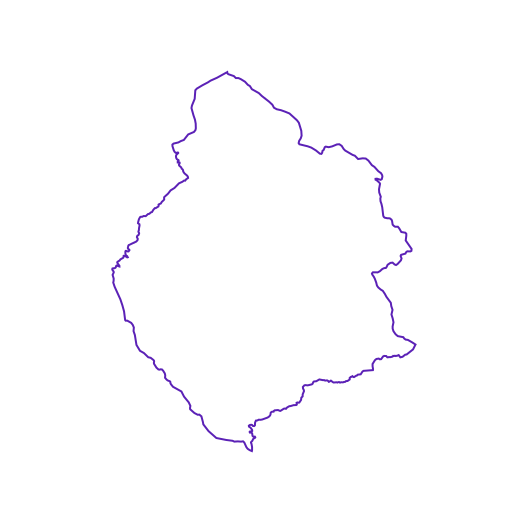 Xaysathan, Xaignabouri, Laos (Natural Earth projection), rotated 143°
{"feature_id": "54806243B87801553975082", "entity_name": "Xaysathan", "entity_type": "district", "adm_level": 2, "iso_a3": "LAO", "parent_name": "Laos", "parent_adm1": "Xaignabouri", "projection": "natural_earth1", "projection_center": [101.39, 19.388], "detail": "fine", "context": "isolated", "style": "outline", "palette": "violet", "viewbox_px": 512, "rotation_deg": 143, "n_neighbors": 0, "source": "geoboundaries", "source_scale": "gbopen_adm2", "svg_char_len": 6131}
<svg xmlns="http://www.w3.org/2000/svg" viewBox="0 0 512 512"><g transform="rotate(143 256 256)"><path d="M181.9,89.3L183.2,92.9L185.2,97.6L186.8,99.2L187.3,100.9L187.2,102.5L191.0,106.7L191.6,109.5L191.5,113.1L190.6,115.7L189.3,117.5L186.1,120.3L184.4,123.9L183.0,127.8L179.4,130.8L178.1,134.6L176.5,137.5L176.4,145.0L175.9,148.1L175.7,151.9L176.6,154.2L177.3,157.3L177.2,159.6L176.0,162.4L174.8,166.3L174.4,168.6L174.3,171.3L173.9,172.3L172.4,172.6L168.7,169.7L166.3,169.3L162.8,169.6L160.7,169.1L159.6,168.3L158.4,168.6L156.1,169.8L152.8,169.6L150.9,168.5L150.4,165.8L149.6,164.5L147.8,164.4L142.9,165.3L141.2,166.5L140.5,169.0L139.4,169.6L135.2,168.0L133.8,168.7L132.4,168.7L129.9,166.7L128.8,166.6L127.5,168.0L127.1,178.3L123.7,181.8L122.6,183.3L122.7,184.7L125.5,187.7L125.0,191.9L125.1,194.0L127.3,195.7L127.8,197.1L128.0,198.8L126.3,202.0L125.9,203.5L126.5,205.6L128.4,207.1L130.2,209.2L130.4,210.3L130.2,211.5L125.9,218.9L124.5,222.0L123.6,224.8L122.1,227.1L120.7,228.2L119.4,232.5L117.6,235.3L113.5,239.0L113.3,240.2L114.0,243.7L114.6,245.0L114.1,245.7L112.9,245.0L110.6,241.8L109.3,241.7L107.3,243.3L106.6,244.6L106.3,246.8L107.3,250.1L107.8,255.9L108.8,258.8L108.8,264.5L109.7,267.8L112.0,269.8L116.1,272.0L116.7,276.6L118.0,278.6L121.3,286.5L121.6,288.6L121.3,292.4L122.2,295.1L124.2,296.4L129.2,297.7L132.4,299.1L134.5,301.4L135.6,301.5L138.1,300.0L139.5,300.0L141.1,298.6L142.3,298.2L143.4,299.3L144.6,304.2L146.6,309.3L148.7,312.5L154.1,319.1L154.0,320.5L152.2,322.0L149.5,323.0L147.2,324.6L144.5,328.7L141.6,336.6L141.6,339.7L143.5,349.7L146.0,353.9L148.3,357.4L151.1,360.7L152.4,363.6L151.9,366.9L152.7,371.5L155.0,380.1L155.7,384.4L158.9,391.7L158.6,395.4L159.5,397.6L159.9,401.8L161.7,406.4L162.9,408.6L165.0,410.2L165.4,413.0L168.7,417.9L168.9,419.0L168.3,420.2L179.8,421.8L186.8,423.4L189.9,423.6L196.0,424.6L202.5,425.3L204.7,424.9L210.4,418.4L216.6,414.7L218.5,413.0L221.3,405.9L222.7,401.6L224.5,398.0L227.2,394.2L228.6,393.0L230.9,392.4L237.0,393.9L243.8,392.1L246.8,393.0L249.6,393.4L254.2,395.4L255.7,395.3L256.6,394.0L258.1,389.8L258.3,388.3L258.1,386.8L257.3,386.2L256.1,385.7L256.0,385.3L256.2,385.0L258.3,384.8L259.3,384.4L260.2,383.4L260.8,382.0L260.9,380.8L260.2,379.3L260.3,378.9L261.6,378.6L262.2,377.8L260.8,376.8L260.9,376.3L261.3,375.9L262.5,375.4L262.8,374.9L262.9,374.2L262.4,371.7L262.8,370.5L262.5,369.3L262.6,368.5L263.3,367.2L263.4,365.1L262.6,361.5L262.8,360.0L263.3,359.2L265.6,359.3L267.2,358.8L267.9,359.5L270.2,359.6L273.8,360.4L280.2,359.4L284.7,359.8L288.8,358.7L293.7,358.3L294.4,357.8L295.2,356.5L295.9,356.2L298.7,355.9L300.4,355.2L302.3,355.7L302.9,355.7L303.4,354.8L304.2,354.3L307.3,354.6L308.0,355.1L310.1,354.7L312.6,353.7L313.8,354.1L315.7,353.9L317.1,354.5L320.1,354.2L321.6,355.5L323.5,355.9L324.2,356.6L325.2,356.8L327.4,355.8L329.7,354.0L330.5,353.2L330.0,351.5L330.7,350.4L332.6,348.7L334.0,347.1L335.1,346.4L335.4,345.9L335.5,344.8L335.9,344.2L337.4,343.4L338.4,343.6L339.2,343.3L339.8,342.7L340.1,340.8L341.2,339.9L343.0,339.6L351.1,341.3L351.7,341.1L353.5,339.6L353.8,339.0L353.4,337.2L353.6,336.8L355.0,336.4L355.5,336.6L356.7,338.3L357.0,338.5L357.5,338.3L358.7,336.8L359.3,335.4L359.4,334.5L359.0,333.5L359.2,332.2L359.7,332.4L359.9,333.2L360.9,335.2L361.3,335.7L361.6,335.8L362.8,334.6L363.2,334.5L366.3,334.9L367.6,334.5L370.1,334.7L370.6,334.5L370.9,333.8L371.0,330.3L371.4,329.8L373.1,332.3L373.7,332.2L374.9,331.3L375.4,331.2L376.6,331.5L377.5,332.2L378.2,332.4L378.7,331.9L379.0,331.6L379.1,329.2L379.5,328.5L381.9,327.2L383.2,323.7L384.7,321.8L386.0,320.7L387.4,316.5L390.4,303.0L392.4,297.0L394.7,291.2L399.0,283.7L399.0,282.8L397.7,281.8L395.9,277.7L395.9,275.1L396.6,272.4L399.0,269.7L400.3,265.8L405.0,256.9L405.7,250.1L403.9,245.9L403.0,240.0L401.4,238.1L400.5,234.7L400.5,233.7L400.9,233.0L401.9,232.1L402.3,231.3L402.7,226.8L402.2,224.1L401.3,223.2L400.5,223.0L399.4,222.0L399.2,220.3L399.5,217.1L400.3,215.3L401.9,213.5L401.8,211.3L401.5,209.9L400.2,207.8L400.2,207.0L400.8,206.1L401.1,204.9L401.0,201.5L397.1,192.7L398.1,187.0L397.8,179.6L398.6,175.8L400.2,174.3L400.8,173.2L399.7,167.7L398.1,164.3L396.7,163.4L396.1,160.8L398.3,155.4L399.4,153.2L399.3,144.7L397.2,134.5L390.5,127.0L385.9,122.5L385.0,120.8L382.1,118.9L379.6,116.7L377.9,115.8L377.6,114.1L378.7,109.2L378.7,107.1L377.9,104.8L376.7,102.7L376.0,103.3L374.1,105.8L372.6,108.8L372.4,109.9L372.0,110.3L370.2,110.6L368.5,111.5L367.6,111.6L366.1,111.4L365.7,111.6L365.6,112.4L366.9,113.5L367.0,113.9L367.0,114.5L365.9,116.5L365.8,117.4L366.0,117.9L367.1,118.5L367.1,119.0L366.9,119.4L366.5,119.5L364.9,118.5L364.4,118.5L364.0,119.0L363.7,119.8L363.7,122.2L364.3,124.0L363.8,124.8L362.4,124.7L361.2,123.9L360.8,123.3L360.7,122.0L359.8,121.3L358.8,121.4L356.9,123.6L355.1,124.6L354.0,123.9L352.3,123.6L351.0,122.5L349.5,121.7L344.0,120.0L342.2,119.9L340.7,120.2L339.7,120.8L338.7,121.9L338.1,122.1L336.9,122.0L335.6,121.1L335.0,121.5L334.0,121.5L331.4,119.9L330.8,119.3L330.4,118.3L329.7,117.6L325.7,117.3L324.7,116.8L324.2,116.1L323.8,115.9L323.3,116.2L322.1,116.3L319.8,116.0L318.6,115.3L315.6,114.2L313.7,112.8L313.1,112.7L312.7,112.9L312.0,114.3L311.2,114.2L310.0,113.0L309.6,112.9L306.7,113.9L305.0,115.6L303.3,115.8L302.0,117.4L299.0,119.2L298.5,120.1L298.2,121.8L297.4,123.2L295.2,123.6L294.3,123.2L292.6,121.6L288.7,119.9L287.7,119.9L286.2,120.8L285.2,120.9L283.2,119.7L279.7,119.3L277.2,116.5L276.2,115.8L275.8,114.9L274.1,113.9L273.6,112.8L273.6,111.7L273.1,111.5L271.2,111.4L270.5,108.9L270.1,108.2L267.7,106.7L267.1,105.9L266.4,105.8L265.5,105.3L265.1,104.3L264.1,104.0L262.5,102.7L261.6,102.5L260.8,101.9L259.4,101.9L258.1,101.1L255.5,101.0L254.6,102.2L253.1,102.4L252.6,102.1L251.3,102.0L251.1,100.8L250.6,100.3L248.0,100.1L247.3,99.8L246.2,100.0L243.6,98.5L240.6,99.6L239.3,99.6L231.3,94.5L230.6,95.2L229.3,97.7L227.9,99.6L223.8,101.2L221.8,101.3L219.7,100.2L219.3,99.0L218.1,98.3L215.0,99.3L213.8,99.1L212.2,97.7L212.1,96.1L211.7,95.7L210.7,95.3L209.5,94.3L207.5,93.5L206.6,93.7L206.2,93.2L205.5,93.0L205.0,92.3L204.3,92.1L203.7,91.5L201.7,91.0L201.7,88.2L199.6,87.3L196.2,87.4L195.0,86.7L186.8,86.9L181.9,89.3Z" fill="none" stroke="#5b21b6" stroke-width="2"/></g></svg>